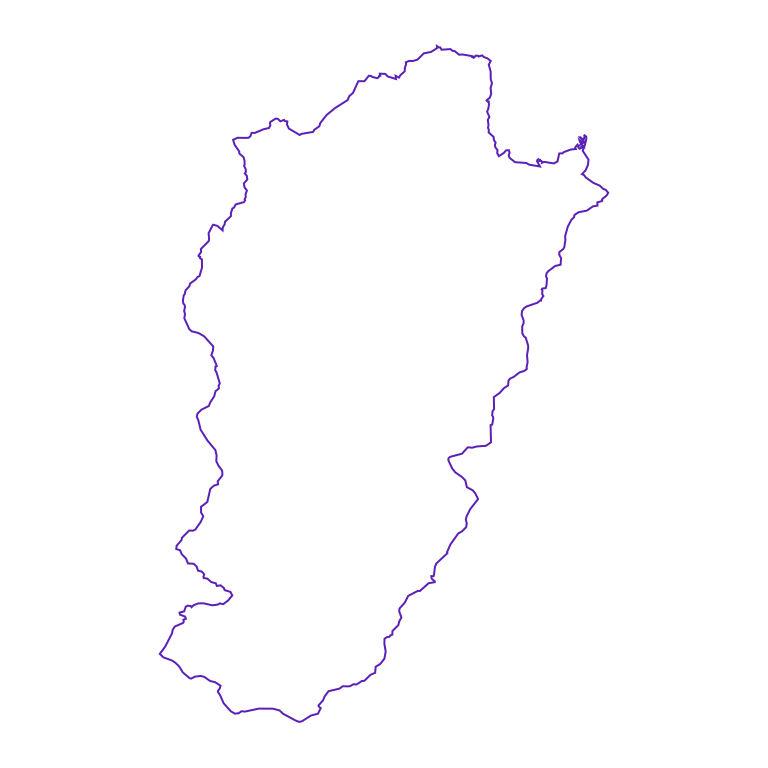 Salistea De Sus, Maramures, Romania (Equal Earth projection)
{"feature_id": "2599482B82116466406118", "entity_name": "Salistea De Sus", "entity_type": "district", "adm_level": 2, "iso_a3": "ROU", "parent_name": "Romania", "parent_adm1": "Maramures", "projection": "equal_earth", "projection_center": [24.362, 47.631], "detail": "fine", "context": "isolated", "style": "outline", "palette": "violet", "viewbox_px": 768, "rotation_deg": 0, "n_neighbors": 0, "source": "geoboundaries", "source_scale": "gbopen_adm2", "svg_char_len": 6072}
<svg xmlns="http://www.w3.org/2000/svg" viewBox="0 0 768 768"><path d="M301.9,721.3L311.0,715.5L318.0,713.7L320.7,708.1L318.8,706.5L318.5,705.4L323.0,700.4L324.6,696.5L328.5,691.2L339.3,688.7L342.9,686.2L347.9,686.4L350.2,686.1L353.5,684.2L356.5,684.5L361.7,681.1L364.5,680.7L370.5,674.8L375.1,672.8L375.7,666.7L380.3,663.9L384.4,658.7L385.7,651.5L384.4,644.1L384.5,638.8L386.7,637.2L389.5,636.8L390.1,635.6L392.3,634.7L392.5,630.9L398.3,625.2L399.3,621.3L401.4,617.5L399.2,611.3L399.5,608.5L404.8,602.6L408.2,595.9L417.8,590.9L419.9,591.0L428.6,583.2L434.7,582.2L434.8,581.4L431.7,578.7L431.3,576.1L433.6,576.1L433.9,575.4L435.0,566.7L436.3,563.5L447.4,553.2L447.0,552.2L450.4,544.5L458.2,533.5L462.1,531.3L466.1,527.2L466.8,523.5L465.8,519.4L466.7,516.1L470.1,509.3L478.1,499.0L475.1,493.1L472.6,490.2L466.9,487.2L465.3,480.4L462.2,477.2L455.1,472.2L452.1,468.3L448.4,460.3L448.5,458.3L450.0,456.9L462.0,453.7L467.8,447.3L472.2,447.7L476.6,446.5L485.9,445.8L491.0,442.3L490.6,425.1L492.2,424.6L493.2,419.2L493.2,417.3L492.2,415.4L492.5,411.4L494.1,409.1L493.8,397.1L499.6,393.0L504.0,388.1L508.1,385.5L508.5,380.6L509.8,378.8L513.7,376.9L519.5,372.4L524.1,371.0L526.8,369.0L526.6,367.2L527.6,362.1L527.0,355.1L528.2,348.3L528.1,345.4L525.7,337.6L523.9,336.3L522.3,333.2L522.2,326.4L523.6,323.2L523.6,320.3L521.6,314.9L522.0,311.1L524.1,308.1L526.8,306.4L537.5,302.7L540.1,300.5L541.1,300.5L541.4,298.7L543.4,296.0L542.2,294.2L542.4,290.5L541.7,289.3L542.5,288.5L545.7,288.1L546.5,285.2L547.0,278.8L546.0,276.0L546.7,273.1L548.1,271.3L555.1,266.0L560.6,264.7L561.1,258.2L559.3,254.9L559.3,252.1L563.2,249.1L564.3,247.2L565.4,239.8L565.1,236.2L567.8,226.6L571.5,219.6L574.0,217.3L574.5,214.9L578.7,212.2L586.9,210.6L592.9,206.4L597.5,205.6L597.3,202.4L602.1,201.0L602.1,199.2L606.6,195.5L608.2,192.8L605.7,189.8L603.4,189.0L599.7,185.6L593.4,182.9L585.8,177.5L584.1,175.1L582.0,174.2L585.6,170.3L588.0,164.9L588.5,159.6L582.7,150.8L584.9,145.1L586.4,138.4L586.2,136.7L584.0,134.7L584.6,135.9L583.9,139.0L581.6,138.7L580.6,137.3L580.0,137.3L583.8,141.3L584.0,142.7L582.8,142.9L582.6,142.0L582.1,142.5L579.5,140.1L580.0,141.8L580.8,141.7L580.9,143.1L581.6,142.9L580.9,143.9L582.1,143.7L582.4,146.0L582.8,145.6L583.7,147.0L581.3,146.5L581.7,147.7L579.5,148.7L578.4,147.6L578.8,145.6L577.9,145.7L577.5,144.7L575.2,147.4L575.8,149.0L570.9,149.5L563.5,152.2L562.6,153.3L559.2,153.5L557.5,161.5L553.9,163.4L544.2,161.9L542.2,162.7L542.5,162.0L541.3,161.0L539.5,161.0L540.0,160.3L539.8,159.1L539.6,160.0L538.6,159.2L537.6,159.7L537.0,161.1L539.9,166.5L528.9,164.6L526.5,163.0L515.0,162.2L509.6,157.8L508.7,155.5L509.6,152.7L508.9,150.2L506.0,150.4L504.0,152.8L498.9,156.2L497.2,153.1L497.5,150.1L495.4,147.4L494.9,145.1L495.6,142.6L494.0,140.2L493.6,136.9L488.7,132.5L488.8,129.7L488.0,127.8L488.5,125.1L487.8,119.9L489.4,116.9L487.1,111.7L488.3,108.8L489.0,104.4L488.7,101.5L487.7,101.7L486.6,100.4L489.8,97.7L491.2,93.8L490.6,87.9L492.0,83.3L490.7,79.0L490.7,71.8L488.8,64.7L490.7,61.0L487.4,58.3L483.7,57.0L482.3,55.4L478.6,56.5L478.1,55.8L475.9,55.6L473.7,57.8L472.3,57.1L472.8,56.4L471.5,56.0L462.6,54.5L459.1,54.7L454.7,51.1L452.5,50.8L450.5,49.1L441.5,49.7L440.2,47.4L438.8,47.4L436.9,46.1L437.1,48.1L430.9,52.0L423.9,53.3L417.5,59.6L413.0,61.0L409.2,60.9L405.8,62.3L406.1,64.2L404.9,67.6L404.7,71.4L400.4,75.1L399.0,77.6L395.6,75.8L396.0,79.0L387.8,76.5L385.3,73.9L379.8,73.7L380.3,75.8L379.1,76.0L378.6,77.4L377.2,78.2L372.5,77.0L370.9,75.9L368.8,75.8L364.5,81.2L358.3,81.2L353.0,92.9L349.2,96.2L347.6,100.1L335.1,108.0L326.6,115.0L320.3,123.0L319.3,126.3L314.4,129.7L313.1,131.9L301.4,133.9L299.7,135.0L288.9,128.6L287.0,124.6L287.3,121.4L284.9,121.1L284.1,119.9L280.3,121.3L277.8,118.8L275.7,118.6L270.3,122.0L269.9,123.3L270.4,125.2L269.0,128.0L263.4,129.3L254.9,132.9L251.6,132.9L250.3,136.4L248.2,137.9L237.4,137.8L233.1,139.8L234.6,144.8L239.2,151.4L239.4,153.6L243.5,157.1L244.5,160.5L244.6,164.7L244.1,165.8L245.6,168.9L245.9,171.9L244.8,173.5L246.8,175.8L247.3,179.5L243.9,183.4L244.5,187.3L246.9,190.6L245.5,194.5L245.8,197.0L244.6,199.2L245.1,200.3L244.0,202.1L235.7,204.4L234.1,207.5L232.4,208.5L230.9,213.1L230.9,216.2L225.0,221.7L224.6,224.5L222.8,227.3L222.6,230.4L217.4,225.9L213.2,224.7L212.7,225.2L208.6,233.2L209.1,239.0L208.7,241.1L200.9,249.0L201.1,252.1L198.6,255.4L198.7,256.3L200.1,256.7L199.9,258.0L201.9,259.4L202.0,267.5L199.5,276.1L197.4,277.1L195.9,279.3L190.1,283.5L189.4,286.1L185.6,290.3L184.6,294.4L183.7,295.4L182.9,300.7L183.3,303.5L184.5,304.8L185.0,306.8L184.2,310.9L185.0,314.2L184.3,318.2L189.3,329.2L191.7,331.3L198.4,333.0L204.0,336.2L213.3,346.5L213.0,350.5L211.3,355.3L213.6,358.1L216.3,364.7L216.7,366.2L215.5,366.5L215.2,370.1L216.5,372.4L219.8,383.4L218.6,385.7L218.9,388.5L215.5,391.2L214.2,396.3L210.5,401.9L208.8,406.0L201.4,409.7L197.5,413.6L196.8,416.9L198.3,420.1L200.6,429.7L207.5,440.6L215.4,450.1L216.6,455.4L216.3,461.3L218.7,466.0L222.1,470.6L222.4,473.8L222.2,475.6L217.7,481.3L218.1,484.3L213.8,485.7L210.3,488.9L207.3,502.0L201.0,506.8L201.1,512.6L203.3,516.3L200.6,522.1L195.2,529.7L192.8,530.7L189.2,530.5L181.9,537.8L181.6,539.9L176.6,545.8L176.3,549.1L180.1,550.2L181.8,554.3L186.0,558.5L187.9,563.4L193.7,563.8L196.6,566.5L198.0,570.6L201.8,571.6L204.2,574.3L203.4,577.0L203.8,578.1L207.3,578.6L211.3,582.1L215.8,583.3L216.9,586.0L220.4,585.3L223.8,587.9L224.6,590.1L230.4,591.9L232.3,595.4L228.3,600.3L223.2,604.2L219.9,603.4L217.8,604.6L212.3,605.3L203.5,603.3L198.3,603.4L193.6,605.2L191.5,607.2L190.6,606.0L187.6,605.7L185.8,606.7L184.1,611.4L179.5,612.6L180.1,614.7L185.1,616.6L185.9,618.8L183.4,619.7L183.8,621.7L183.1,622.9L174.7,626.6L172.7,629.8L172.0,633.4L165.2,646.6L159.8,653.9L163.5,657.4L172.0,660.5L175.3,662.7L179.1,666.3L182.8,672.4L189.6,678.2L191.2,678.6L195.0,676.6L200.8,676.0L204.3,676.9L210.1,681.0L215.0,682.1L220.5,685.7L219.8,688.4L217.9,691.1L218.0,692.1L220.1,695.2L223.6,703.2L230.7,711.2L234.8,713.6L238.6,713.3L241.6,711.2L244.8,711.6L259.0,708.6L272.9,708.7L279.5,710.4L283.1,713.8L295.6,720.5L299.3,721.9L301.9,721.3Z" fill="none" stroke="#5b21b6" stroke-width="2"/></svg>